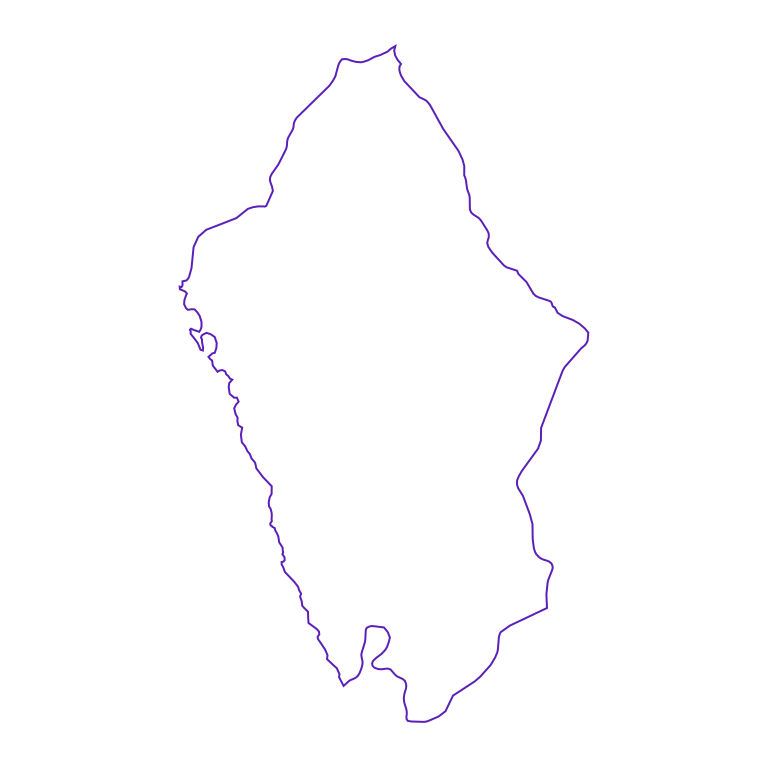 SVG path tracing the border of Áncash
{"feature_id": "PER-577", "entity_name": "Áncash", "entity_type": "Department", "adm_level": 1, "iso_a3": "PER", "parent_name": "Peru", "parent_adm1": "", "projection": "natural_earth1", "projection_center": [-77.843, -9.38], "detail": "fine", "context": "isolated", "style": "outline", "palette": "violet", "viewbox_px": 768, "rotation_deg": 0, "n_neighbors": 0, "source": "natural_earth", "source_scale": "10m", "svg_char_len": 4310}
<svg xmlns="http://www.w3.org/2000/svg" viewBox="0 0 768 768"><path d="M343.6,685.9L339.0,677.0L339.5,674.2L336.8,668.2L332.7,664.5L327.0,659.1L327.5,655.2L325.2,649.7L321.3,643.8L318.0,639.1L317.6,636.7L319.3,634.4L319.0,631.6L316.6,628.9L308.5,623.0L308.2,618.2L308.0,611.7L304.1,607.9L302.2,605.6L301.8,601.7L300.1,596.6L301.1,593.6L299.1,590.2L298.1,586.8L294.0,581.5L285.0,572.1L283.1,567.0L281.7,564.5L281.6,562.0L283.4,561.6L284.7,560.2L284.4,557.1L282.4,554.2L283.1,552.7L282.7,549.7L282.6,547.6L279.2,542.3L278.3,536.5L277.2,533.8L275.3,530.5L274.7,528.0L272.5,527.0L271.8,525.9L270.6,525.4L270.2,524.0L270.6,522.8L271.8,521.3L271.6,518.6L271.8,515.7L271.6,512.6L270.6,508.8L269.1,506.5L268.7,502.3L269.7,497.3L271.6,493.9L271.7,486.2L263.3,477.5L256.4,468.5L255.1,462.7L251.5,458.4L249.8,453.9L247.6,451.4L245.1,446.3L241.8,442.2L240.9,434.6L242.2,427.7L238.2,425.2L237.4,421.1L237.6,417.7L235.6,414.2L234.2,408.2L235.9,404.8L238.6,401.7L236.9,397.7L234.1,397.7L229.7,393.9L228.7,387.1L229.3,383.0L231.0,381.1L232.3,379.7L230.0,378.6L228.1,375.8L226.3,374.4L225.1,371.3L222.4,370.1L219.5,370.5L217.6,371.8L212.8,365.6L212.5,363.3L212.1,360.5L210.1,359.0L208.5,356.8L210.4,355.2L212.3,353.4L214.8,352.8L216.4,347.9L216.7,343.0L214.7,337.0L210.7,334.2L206.6,332.9L203.4,334.3L201.7,335.6L201.0,337.6L202.0,339.5L202.1,342.7L203.1,347.6L202.9,350.5L200.5,349.7L197.7,342.9L193.6,337.5L190.6,333.8L190.7,331.2L189.9,329.9L190.9,328.7L194.2,330.1L199.2,331.8L200.5,329.8L201.5,326.9L201.5,321.9L199.7,316.0L197.4,312.4L194.6,309.4L191.8,309.2L187.9,309.8L186.0,308.1L184.1,304.2L184.4,300.1L185.8,296.0L186.9,293.5L185.0,291.4L179.9,289.2L179.7,286.6L181.5,287.1L182.5,285.5L182.5,281.3L186.4,280.5L188.3,278.3L189.2,276.4L191.5,268.1L193.6,247.1L198.3,236.8L206.2,229.8L236.4,218.1L247.8,208.9L252.9,207.2L258.2,206.4L263.6,206.4L264.6,206.6L266.3,205.9L272.9,190.9L272.0,186.6L270.4,182.2L269.9,179.8L270.2,177.1L271.7,174.0L278.4,164.4L286.0,149.3L286.7,146.9L287.0,144.8L287.1,142.2L287.4,140.1L288.1,137.8L292.7,129.6L293.4,127.4L293.9,123.3L294.9,120.6L296.7,117.7L329.4,85.7L332.9,80.8L335.3,76.4L338.6,64.4L340.1,61.6L342.0,59.3L345.6,59.0L348.2,59.5L350.7,60.5L355.5,61.8L360.9,62.3L364.2,61.6L368.3,60.2L374.6,56.8L380.1,55.1L387.6,51.6L391.2,48.5L395.3,46.1L394.2,50.6L395.1,55.3L397.5,59.7L401.0,64.0L399.5,66.5L399.3,69.5L400.0,72.6L401.0,75.4L404.2,81.0L419.4,97.2L423.9,99.3L426.0,100.5L427.4,101.8L430.0,105.0L443.3,129.1L458.5,150.9L462.5,159.5L464.3,166.2L464.2,175.2L465.3,177.9L466.0,180.7L467.1,189.0L469.3,195.1L469.7,197.2L469.9,209.3L471.1,212.4L473.3,214.5L478.8,218.0L481.0,220.5L487.3,230.4L488.7,233.5L488.8,237.3L487.8,240.2L487.2,243.1L488.4,247.0L492.0,252.4L503.8,265.3L506.6,267.3L517.0,270.7L518.5,274.1L526.4,281.9L533.3,293.5L535.6,295.8L538.4,297.3L549.7,301.0L551.0,301.9L551.9,303.6L552.3,305.3L553.1,306.7L554.9,307.5L557.5,312.7L562.4,316.0L573.1,320.1L579.3,323.7L584.9,328.5L588.3,332.7L587.6,340.8L586.3,343.4L584.6,345.5L581.1,348.4L564.7,367.1L562.6,370.8L541.1,427.9L540.9,440.6L538.0,448.7L521.8,471.0L518.9,476.1L517.1,480.3L517.0,483.2L517.2,485.4L518.2,488.2L523.0,496.0L529.8,514.2L532.5,524.2L532.7,539.1L533.9,548.4L535.0,551.8L536.4,554.4L539.6,557.6L541.5,558.8L543.7,559.7L546.4,560.5L549.1,561.5L551.5,563.6L552.5,565.9L552.7,568.1L552.0,570.4L548.3,579.8L547.6,582.5L546.4,594.6L547.0,608.0L510.1,625.5L500.6,632.2L499.6,634.5L498.9,637.1L497.9,649.3L497.4,652.1L495.1,657.6L490.6,665.1L479.9,677.0L474.6,681.5L453.0,695.6L445.5,711.2L438.6,716.5L427.7,721.2L424.4,721.9L411.5,721.5L407.8,720.9L406.6,719.1L406.4,716.8L406.8,714.0L406.7,711.3L406.2,708.7L404.6,703.8L404.1,701.4L403.8,698.7L404.0,696.4L404.4,693.8L405.9,688.8L406.3,686.1L406.0,683.7L404.8,680.7L402.6,679.0L396.8,676.2L394.6,674.2L390.7,669.6L388.4,668.7L386.0,668.7L380.9,669.3L377.9,669.0L374.3,667.6L372.5,665.7L372.1,663.5L372.7,661.8L373.1,660.9L376.2,657.9L381.5,653.9L384.6,650.7L386.0,648.8L387.2,646.6L388.8,642.0L389.9,637.6L388.0,632.6L387.1,631.2L383.9,627.4L372.0,626.0L369.4,626.5L366.8,627.8L365.8,629.8L365.3,639.5L364.9,642.2L361.8,652.3L361.3,654.7L361.6,657.1L362.5,661.2L362.6,662.7L362.3,665.0L361.5,668.1L359.7,672.8L358.1,675.5L356.2,677.4L354.3,678.5L350.5,680.1L349.4,680.7L343.6,685.9L343.6,685.9Z" fill="none" stroke="#5b21b6" stroke-width="2"/></svg>